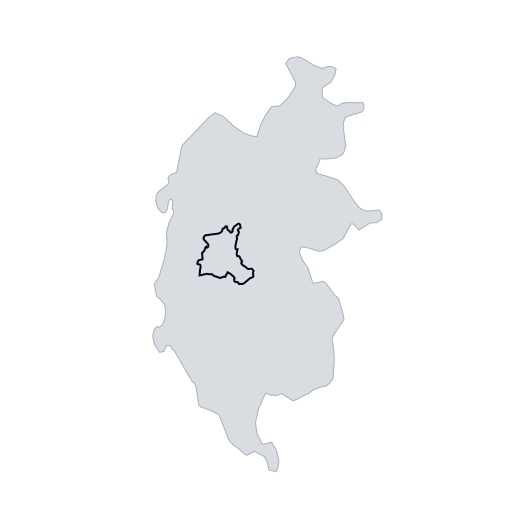 location of Lucerne within Switzerland, rotated 285°
{"feature_id": "CHE-163", "entity_name": "Lucerne", "entity_type": "Canton", "adm_level": 1, "iso_a3": "CHE", "parent_name": "Switzerland", "parent_adm1": "", "projection": "natural_earth1", "projection_center": [8.13, 47.03], "detail": "fine", "context": "in_parent", "style": "outline", "palette": "ink", "viewbox_px": 512, "rotation_deg": 285, "n_neighbors": 0, "source": "natural_earth", "source_scale": "10m", "svg_char_len": 4631}
<svg xmlns="http://www.w3.org/2000/svg" viewBox="0 0 512 512"><g transform="rotate(285 256 256)"><path d="M374.6,172.9L377.4,174.4L383.8,179.4L382.4,188.1L375.1,202.0L371.3,213.3L370.9,221.9L371.6,226.0L373.0,225.9L380.0,226.5L383.6,226.5L394.9,228.8L404.0,232.3L405.8,235.9L407.0,240.3L417.8,246.3L430.2,250.2L434.4,249.0L449.6,234.9L455.6,237.2L459.2,244.7L459.1,248.7L455.0,263.6L454.4,271.7L458.1,277.0L458.5,281.1L457.5,284.9L451.3,285.3L443.1,283.2L436.1,276.7L430.8,277.5L426.3,279.2L424.0,285.3L422.0,292.6L422.6,296.7L426.0,299.8L428.5,306.5L430.4,315.1L431.9,319.1L430.4,320.9L426.0,322.0L422.4,320.9L416.1,310.5L413.1,306.6L408.1,305.9L399.3,308.4L385.9,314.2L380.5,314.2L375.9,313.0L371.5,308.1L367.8,298.6L366.6,292.7L364.0,292.9L355.4,291.2L351.4,293.5L351.4,303.2L350.7,315.3L346.4,323.0L334.4,336.5L330.0,342.4L328.3,346.6L327.9,350.3L329.8,356.6L332.3,362.7L330.2,366.2L323.9,368.0L319.4,364.3L317.6,357.7L307.8,348.8L312.2,341.3L311.5,339.4L295.4,335.6L288.5,329.9L278.7,320.0L276.9,315.7L277.3,301.9L276.7,298.5L275.4,296.9L270.7,297.0L264.2,301.8L258.2,309.0L245.8,317.1L244.5,318.8L248.7,326.7L248.5,329.8L238.4,342.3L236.5,346.5L223.7,354.4L217.8,357.4L200.0,351.5L195.1,350.9L187.2,354.8L176.0,358.5L157.9,362.1L151.2,359.4L148.1,356.9L146.5,353.1L142.0,346.4L136.9,342.4L133.3,338.0L128.6,333.3L125.6,329.3L129.7,316.6L126.8,312.1L125.3,305.8L126.1,301.4L124.5,300.4L108.2,297.9L94.6,298.7L84.9,302.9L76.9,310.0L76.0,311.5L76.4,312.8L80.3,319.2L73.6,326.1L63.3,331.4L56.0,331.9L52.8,330.9L52.8,323.6L58.8,320.9L64.3,316.1L66.1,309.4L66.8,304.7L61.2,299.0L61.9,295.5L65.5,288.8L67.6,283.0L70.5,277.9L81.8,269.6L93.2,261.3L95.0,252.4L95.9,241.6L97.5,239.1L112.8,232.6L116.6,230.1L118.6,226.4L130.6,214.4L142.6,202.4L145.0,198.4L147.0,196.0L147.0,194.1L145.5,192.6L139.9,191.6L138.0,187.8L144.1,181.0L151.8,176.9L159.3,176.8L162.3,178.7L162.1,181.0L165.3,183.4L170.9,184.2L177.9,183.3L184.9,180.8L189.2,174.8L191.7,170.2L202.6,165.0L210.0,167.6L230.6,168.3L245.6,166.9L255.1,163.4L266.7,163.4L274.6,165.4L276.0,165.1L278.1,164.6L280.2,162.7L287.6,161.4L288.6,159.8L288.3,158.2L287.0,157.4L277.9,158.2L274.4,157.0L273.5,154.1L276.4,149.1L283.1,145.0L288.8,144.0L292.8,145.1L302.8,152.7L305.2,152.9L306.6,151.6L308.6,150.8L312.1,152.3L315.9,157.0L316.6,157.7L338.8,156.1L343.8,156.1L358.9,164.3L374.6,172.9Z" fill="#d9dde1" stroke="#a8b0b8" stroke-width="1"/><path d="M273.8,216.8L274.9,218.3L275.7,218.5L276.1,218.7L276.5,218.7L276.6,218.8L277.1,220.1L274.4,221.5L273.9,222.0L273.6,222.4L273.5,222.8L273.5,223.4L273.3,223.8L273.0,224.2L272.2,225.0L272.1,225.3L272.2,226.0L272.7,226.5L273.7,227.0L275.1,226.5L278.7,227.3L282.2,230.1L282.5,230.5L282.8,231.0L282.5,231.9L282.2,232.5L279.2,233.9L278.7,233.1L277.5,232.0L276.2,231.8L275.4,232.5L275.3,233.0L274.4,233.3L271.4,233.2L271.2,232.7L270.3,232.2L268.9,232.8L266.9,233.4L265.8,233.2L264.7,233.2L263.6,233.4L261.4,233.4L259.9,233.6L258.1,234.2L257.6,234.5L257.3,235.0L257.3,235.5L257.7,236.4L252.7,236.8L251.2,237.7L251.0,238.0L251.3,239.0L251.4,239.6L251.3,240.1L249.4,241.6L247.3,244.0L246.9,244.1L246.7,244.0L246.5,243.7L246.4,243.6L246.1,243.5L245.6,243.6L245.1,243.7L244.8,244.0L244.1,244.8L243.8,245.4L243.5,246.2L243.1,247.9L241.6,251.0L241.4,251.6L241.7,252.8L242.1,253.6L242.6,255.4L241.1,257.5L239.3,257.4L237.7,257.9L236.3,258.6L235.6,258.7L235.1,258.6L233.9,257.3L232.8,255.8L226.8,251.7L225.4,250.3L225.4,249.4L224.6,247.2L224.7,246.6L225.6,245.9L225.9,245.2L225.9,244.4L225.7,243.0L225.8,242.3L225.9,241.8L226.2,241.6L227.0,241.3L227.7,240.9L227.9,240.9L228.7,241.1L229.1,241.0L229.6,240.7L229.8,240.3L230.0,239.8L230.2,239.6L230.7,239.3L230.8,239.1L230.9,238.7L231.0,238.0L231.2,237.7L231.5,237.3L231.7,237.0L232.0,236.0L232.3,235.5L232.9,232.8L230.9,232.5L230.3,232.0L227.9,231.8L227.6,229.9L227.1,229.4L226.5,228.5L225.7,227.6L225.5,226.8L225.5,226.1L225.8,223.7L225.8,221.5L226.0,220.3L226.2,219.5L227.0,218.4L226.2,214.9L226.2,213.7L225.9,212.8L225.4,211.8L225.0,211.1L222.7,206.5L228.2,205.5L230.2,205.5L232.5,204.8L232.9,204.5L233.0,204.4L233.2,204.1L233.2,203.7L233.1,202.7L233.1,201.8L233.2,201.5L233.3,201.3L233.7,201.3L235.6,201.2L237.0,201.7L239.0,205.2L245.2,203.1L246.6,204.3L248.4,204.8L250.8,204.9L251.7,205.2L251.9,205.4L251.3,205.6L251.1,205.7L251.1,205.9L251.3,206.1L251.4,206.5L251.6,206.7L251.9,207.0L252.3,207.2L252.9,207.5L253.7,207.4L255.2,206.4L257.3,203.3L257.7,202.3L259.2,200.8L260.7,200.7L262.2,201.2L262.7,201.6L263.2,202.3L263.5,203.4L263.9,204.4L264.6,205.7L267.6,213.2L267.9,213.7L268.9,215.1L269.6,215.8L270.1,216.2L271.2,216.7L273.7,216.8L273.8,216.8Z" fill="none" stroke="#020617" stroke-width="2"/></g></svg>